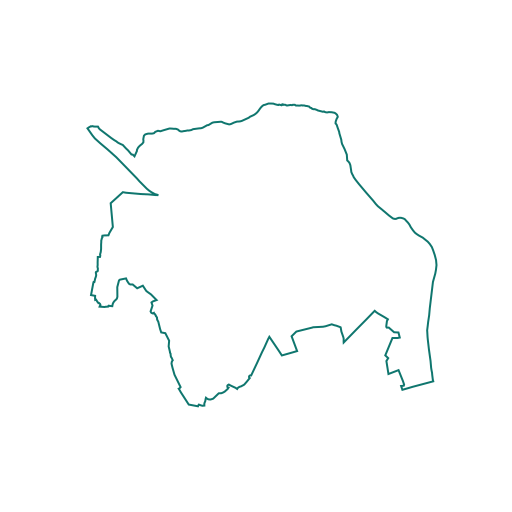 4e Arrondissement, Analamanga, Madagascar, rotated 160°
{"feature_id": "10022922B42847936410668", "entity_name": "4e Arrondissement", "entity_type": "district", "adm_level": 2, "iso_a3": "MDG", "parent_name": "Madagascar", "parent_adm1": "Analamanga", "projection": "orthographic", "projection_center": [47.516, -18.933], "detail": "fine", "context": "isolated", "style": "outline", "palette": "teal", "viewbox_px": 512, "rotation_deg": 160, "n_neighbors": 0, "source": "geoboundaries", "source_scale": "gbopen_adm2", "svg_char_len": 6134}
<svg xmlns="http://www.w3.org/2000/svg" viewBox="0 0 512 512"><g transform="rotate(160 256 256)"><path d="M132.3,77.6L132.1,79.5L131.1,83.9L130.5,86.1L130.2,88.2L129.7,90.9L127.9,97.6L125.4,109.3L123.2,118.5L122.5,121.2L120.9,126.5L120.6,127.6L118.6,131.5L116.7,135.3L113.6,141.0L110.5,147.6L98.6,171.1L93.6,178.1L91.6,181.5L89.5,185.7L88.2,190.6L87.7,195.8L87.6,200.8L87.7,204.3L88.6,207.9L89.7,210.7L91.4,213.5L93.0,216.2L96.0,219.6L97.6,221.8L98.7,223.6L99.7,226.4L100.7,230.1L101.1,233.1L101.8,235.4L102.8,237.7L103.6,239.7L104.6,240.8L106.5,242.2L108.6,243.0L110.2,243.1L111.7,243.0L112.7,243.3L113.9,244.0L114.6,244.6L117.2,248.6L122.0,257.0L124.4,261.0L125.6,263.8L127.0,268.0L130.9,278.1L134.7,288.5L136.3,293.3L137.2,296.6L137.3,298.3L137.6,300.2L137.7,302.3L137.3,304.0L136.3,309.0L136.3,311.3L136.8,313.0L137.6,314.6L136.0,320.2L136.2,326.2L136.6,330.1L136.8,331.7L136.6,333.9L136.1,336.1L135.7,342.8L135.4,344.2L135.4,345.7L135.4,348.5L135.3,351.6L135.4,352.0L135.6,352.7L135.9,353.3L135.4,354.6L134.8,355.5L133.4,357.2L132.5,358.0L131.9,358.4L131.5,359.1L131.6,361.1L132.5,362.8L133.2,363.7L135.7,365.2L138.3,366.3L139.7,366.5L141.0,367.0L142.2,367.9L142.7,368.6L143.7,368.6L148.1,371.6L148.9,372.5L150.6,373.9L151.8,374.3L152.9,375.1L153.3,376.1L153.7,376.3L154.4,376.9L155.0,378.3L155.8,378.8L156.6,379.4L157.9,380.0L159.3,381.0L160.8,381.5L161.3,381.9L162.3,382.2L163.3,382.3L167.1,383.8L167.8,384.8L169.7,385.5L170.6,385.4L171.8,386.1L175.4,386.8L176.0,387.2L176.5,387.9L177.5,388.4L178.6,388.7L178.9,389.4L179.4,389.5L179.6,389.0L180.0,389.1L180.4,388.9L182.5,390.4L182.8,390.4L183.2,390.2L184.2,390.7L186.5,392.3L187.5,393.2L188.7,393.7L190.4,394.4L192.2,395.0L195.7,395.0L197.1,395.2L198.5,394.9L200.6,393.9L202.3,392.8L204.0,391.6L205.7,390.6L207.4,389.9L209.1,389.4L210.3,389.2L214.1,388.9L215.5,388.4L223.1,387.8L224.6,387.9L226.0,388.2L227.9,388.8L231.0,388.9L234.2,388.6L235.6,388.7L236.3,388.9L239.6,391.2L241.3,392.7L242.0,393.5L242.8,394.1L249.7,396.0L251.4,396.2L255.9,395.3L257.1,395.6L262.1,394.8L263.0,394.8L264.1,394.9L265.8,395.4L271.7,396.7L273.8,396.5L276.2,396.9L277.5,397.4L279.6,397.7L281.3,398.1L282.3,398.2L283.5,398.5L284.4,399.0L285.2,399.8L285.6,400.6L286.1,401.5L287.0,402.3L287.9,403.0L290.1,403.8L291.5,404.5L293.7,405.4L299.9,405.8L302.4,405.9L303.1,405.9L303.5,406.1L305.3,407.2L308.2,407.1L309.6,406.4L310.1,406.3L312.0,406.6L315.4,407.9L317.5,408.1L318.6,408.1L319.1,407.9L320.2,407.3L322.0,404.3L322.3,402.9L323.0,401.3L324.7,400.3L327.1,399.5L328.2,399.0L329.7,398.2L331.3,396.7L331.6,396.4L332.0,395.4L336.1,391.2L337.1,393.4L338.3,394.0L340.1,399.0L341.4,401.6L343.2,405.9L344.8,407.4L346.5,409.2L347.3,410.2L347.9,411.3L349.6,413.4L351.7,416.4L359.4,428.4L360.0,429.9L360.2,431.6L361.5,432.1L364.1,433.1L365.1,433.9L365.9,434.0L366.2,434.0L366.7,434.4L369.2,434.0L370.7,433.6L368.5,425.4L367.2,421.6L363.8,415.2L359.2,407.2L353.5,396.6L341.4,369.7L340.0,366.1L335.6,356.6L334.1,354.0L332.5,351.8L329.9,348.8L328.2,347.6L326.9,346.6L329.3,347.5L335.8,350.6L343.0,353.6L356.5,359.9L359.3,361.5L374.5,355.3L380.6,332.2L385.8,327.9L387.6,325.9L391.5,327.2L393.4,327.6L393.9,326.9L393.9,326.1L394.7,325.5L396.3,323.1L396.5,322.3L397.5,320.1L399.2,315.5L400.5,312.9L402.0,310.8L402.2,309.6L402.9,308.5L405.0,309.2L407.1,303.9L407.9,301.6L408.4,300.7L408.7,300.0L408.8,299.1L408.9,298.2L409.4,297.1L409.7,296.2L410.2,295.8L411.4,295.8L411.8,295.7L412.2,295.2L412.5,293.6L412.6,293.1L412.8,292.5L413.5,291.4L415.0,289.6L415.9,288.1L416.8,286.8L417.3,287.0L417.5,287.1L418.1,286.3L424.4,275.7L420.8,273.6L421.8,271.1L422.1,269.7L421.2,269.7L420.9,268.1L420.6,266.8L420.3,266.3L420.2,265.6L419.6,265.5L419.0,264.4L418.9,263.6L419.1,262.7L419.8,262.5L420.3,261.9L416.5,260.2L415.5,259.8L414.4,259.7L413.6,259.4L413.0,259.3L412.6,259.1L412.1,259.0L411.8,259.1L411.8,259.5L411.5,259.7L408.7,258.2L408.2,258.0L407.8,258.7L406.9,260.1L406.2,260.8L405.5,261.4L404.8,261.8L404.2,262.2L402.7,262.8L401.8,263.2L401.1,263.8L400.2,265.1L399.0,268.5L397.0,274.2L393.3,279.6L393.1,279.8L392.5,280.2L391.9,280.3L385.8,279.4L385.7,277.1L385.2,274.7L384.7,273.1L383.8,272.2L381.6,271.4L378.7,266.3L372.5,266.8L371.1,260.8L370.4,259.6L367.8,255.8L364.5,248.6L368.3,248.6L370.1,248.1L370.2,244.8L374.0,240.0L373.9,239.2L373.9,238.7L373.5,238.1L372.6,237.3L371.4,237.5L371.4,236.8L371.3,236.4L370.8,235.9L370.7,235.6L370.6,234.8L370.7,234.6L370.5,234.0L370.6,233.7L370.4,233.4L370.3,232.8L370.2,232.5L370.1,232.0L370.3,231.2L370.6,230.7L370.5,230.0L370.6,229.5L370.6,229.1L370.4,228.6L370.3,227.6L371.1,220.1L371.2,216.6L367.6,214.5L366.6,206.1L369.0,200.9L369.7,195.0L369.9,194.6L369.7,193.4L370.1,192.1L370.4,190.4L370.1,189.1L369.9,186.5L370.4,186.2L371.3,185.4L372.2,183.8L372.4,182.2L372.7,179.4L373.2,172.3L371.7,158.6L373.2,157.8L374.0,157.7L373.8,156.9L373.2,153.4L370.0,139.4L361.9,134.6L361.0,135.6L360.5,135.9L359.0,134.6L357.6,133.6L355.7,133.1L355.1,134.8L354.6,135.6L353.3,137.0L352.1,139.1L351.5,139.9L350.8,138.7L350.1,137.9L349.1,137.2L347.8,136.7L346.1,136.6L345.0,136.6L338.0,139.7L335.4,138.9L333.4,139.0L331.7,139.3L328.0,140.8L326.9,141.7L327.5,142.1L327.7,142.7L327.5,143.4L327.2,144.0L326.7,144.3L325.5,144.5L324.1,142.9L320.3,139.1L319.2,137.5L318.5,138.1L317.4,138.5L316.0,138.7L314.6,138.6L313.4,138.8L311.9,139.0L311.0,139.2L307.9,140.9L303.7,143.4L304.0,143.8L304.0,144.3L303.9,144.8L303.7,145.1L303.5,145.4L302.7,145.7L302.3,145.8L301.9,145.7L301.4,145.4L291.9,154.8L283.3,163.5L279.4,167.2L276.8,169.9L273.0,173.8L271.1,175.5L267.0,159.2L265.7,153.7L254.7,152.9L249.9,152.6L250.0,168.4L243.9,171.2L227.6,169.5L226.7,169.5L217.2,166.6L214.7,166.2L208.2,165.9L206.1,164.2L204.3,163.0L200.9,160.1L200.9,159.7L201.6,155.8L201.7,149.9L201.9,148.3L203.0,145.4L203.2,144.7L187.0,152.5L174.1,158.6L163.2,163.9L162.3,162.2L160.9,160.2L156.2,154.6L153.7,151.4L155.2,150.1L157.3,146.1L157.8,144.9L157.6,144.0L155.7,143.3L152.3,137.1L148.3,135.4L148.8,130.2L150.9,130.5L155.8,132.3L168.5,118.4L166.7,114.8L169.4,112.7L171.9,99.8L161.1,100.0L160.7,88.2L160.8,84.5L161.5,83.6L164.1,84.2L164.2,80.2L159.9,79.9L153.6,79.5L132.3,77.6Z" fill="none" stroke="#0f766e" stroke-width="2"/></g></svg>